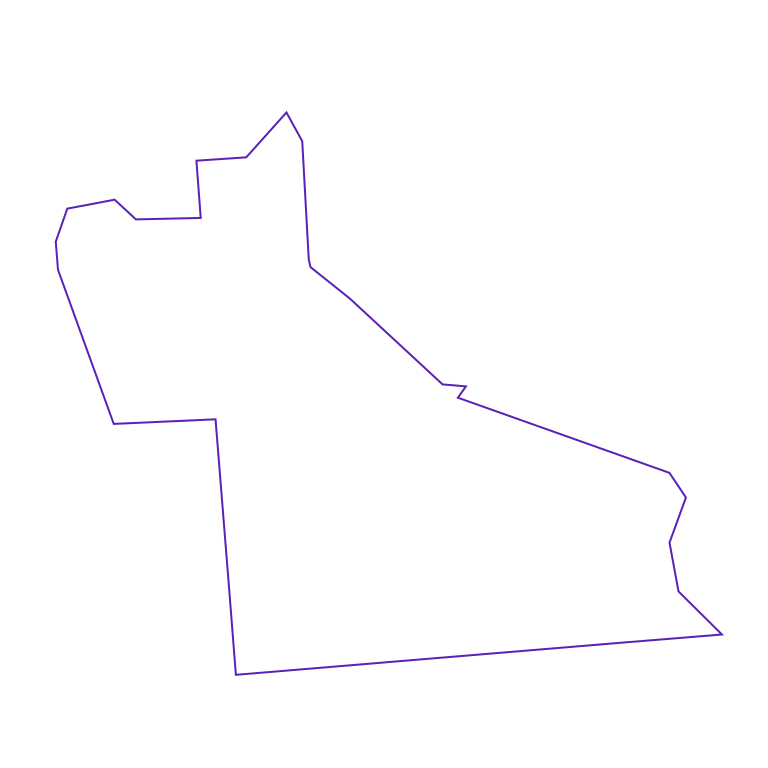 outline of Dawson, Georgia, United States of America, rotated 355°
{"feature_id": "52423323B59188916162072", "entity_name": "Dawson", "entity_type": "district", "adm_level": 2, "iso_a3": "USA", "parent_name": "United States of America", "parent_adm1": "Georgia", "projection": "mercator", "projection_center": [-84.168, 34.476], "detail": "fine", "context": "isolated", "style": "outline", "palette": "violet", "viewbox_px": 768, "rotation_deg": 355, "n_neighbors": 0, "source": "geoboundaries", "source_scale": "gbopen_adm2", "svg_char_len": 499}
<svg xmlns="http://www.w3.org/2000/svg" viewBox="0 0 768 768"><g transform="rotate(355 384 384)"><path d="M698.8,663.0L659.3,616.3L654.6,566.9L674.9,523.4L660.6,497.4L456.4,404.1L465.4,393.5L442.3,389.5L357.5,296.0L321.0,261.2L319.9,253.4L323.7,135.0L310.5,105.0L266.5,146.2L216.6,145.2L215.9,202.6L151.2,198.4L131.7,176.9L83.8,181.7L69.4,213.6L69.2,241.8L111.3,400.2L213.1,404.5L211.9,570.8L211.1,660.8L388.7,661.5L599.2,662.4L698.8,663.0Z" fill="none" stroke="#5b21b6" stroke-width="2"/></g></svg>